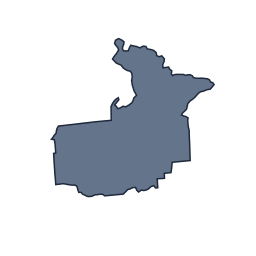 Getúlio Vargas, Rio Grande do Sul, Brazil, rotated 222°
{"feature_id": "56859067B47286400089362", "entity_name": "Getúlio Vargas", "entity_type": "district", "adm_level": 2, "iso_a3": "BRA", "parent_name": "Brazil", "parent_adm1": "Rio Grande do Sul", "projection": "robinson", "projection_center": [-52.166, -27.853], "detail": "fine", "context": "isolated", "style": "filled", "palette": "slate", "viewbox_px": 256, "rotation_deg": 222, "n_neighbors": 0, "source": "geoboundaries", "source_scale": "gbopen_adm2", "svg_char_len": 2260}
<svg xmlns="http://www.w3.org/2000/svg" viewBox="0 0 256 256"><g transform="rotate(222 128 128)"><path d="M143.8,37.6L142.4,39.3L140.9,40.9L139.4,42.8L137.2,44.4L134.6,45.9L132.8,47.1L130.9,48.5L129.2,50.1L126.9,50.5L124.1,48.6L121.5,47.2L119.7,48.8L117.5,48.4L115.6,49.1L112.8,49.8L111.0,51.0L109.1,53.2L107.9,56.1L106.2,57.9L104.9,59.6L102.5,61.8L99.9,62.0L87.3,75.7L87.1,78.8L87.0,82.2L85.7,83.9L84.7,86.7L82.6,88.9L79.9,87.6L77.3,87.5L76.5,90.8L74.4,92.1L72.9,94.2L71.9,96.9L71.8,99.6L70.3,102.4L67.3,101.9L65.9,103.5L72.3,109.8L67.2,115.0L70.7,118.6L66.2,123.6L68.6,127.2L72.2,132.1L60.0,145.4L72.1,158.0L78.6,164.6L80.9,167.1L84.5,169.6L88.9,173.8L90.1,175.7L92.5,175.3L94.5,174.3L96.9,173.4L97.5,175.6L97.2,178.1L97.1,181.1L98.3,183.4L99.9,186.1L99.9,189.8L99.2,192.8L98.8,195.9L98.9,198.1L98.9,201.0L98.3,203.5L96.7,205.7L95.6,207.9L94.6,209.8L92.9,211.8L92.9,214.6L93.1,217.9L95.5,218.4L97.4,217.4L99.7,218.3L101.7,217.8L103.7,216.5L106.2,214.6L108.6,212.4L110.8,210.5L113.0,209.3L115.2,209.8L117.6,209.1L119.1,207.6L120.6,205.6L122.6,204.9L124.8,203.0L127.4,200.7L129.1,198.9L129.9,196.8L132.1,197.3L133.7,199.8L136.6,199.6L138.6,200.5L140.6,198.1L142.1,196.2L144.5,198.2L145.7,201.6L147.2,203.7L151.2,204.2L152.6,201.8L155.0,201.0L157.6,202.9L160.9,202.8L163.6,201.6L166.5,199.7L169.3,200.6L171.6,198.9L172.8,195.5L176.3,194.2L179.1,192.5L181.3,191.4L180.8,189.0L179.5,185.5L181.2,183.7L183.2,182.4L185.2,183.2L186.3,184.9L187.2,187.4L188.7,189.4L191.4,189.2L194.8,188.2L196.0,184.8L194.5,181.8L191.8,181.2L189.6,180.9L187.2,179.8L186.5,176.2L186.3,173.7L186.1,171.2L185.6,168.8L183.1,168.7L180.4,168.4L177.9,169.1L175.3,170.1L171.6,169.4L169.2,169.7L166.4,170.5L164.5,171.7L161.8,171.2L159.7,169.4L158.3,167.8L157.3,165.9L153.7,162.9L148.4,159.7L143.5,158.0L143.8,154.5L142.5,151.6L142.0,149.3L142.6,146.0L143.9,142.2L146.3,140.8L147.2,137.7L148.6,135.5L151.2,136.3L153.4,136.3L153.5,139.2L153.7,142.9L155.5,144.0L156.2,141.4L156.4,138.9L155.9,135.7L154.9,132.5L145.6,122.5L156.1,111.1L181.0,82.9L180.4,80.1L179.1,77.6L177.9,76.0L178.0,73.6L177.5,70.8L177.3,68.4L174.9,70.0L171.2,67.0L164.9,61.0L166.3,59.4L164.8,57.9L161.7,54.8L156.5,49.7L150.5,43.9L148.0,41.6L146.0,39.7L143.8,37.6Z" fill="#64748b" stroke="#1e293b" stroke-width="1.5"/></g></svg>